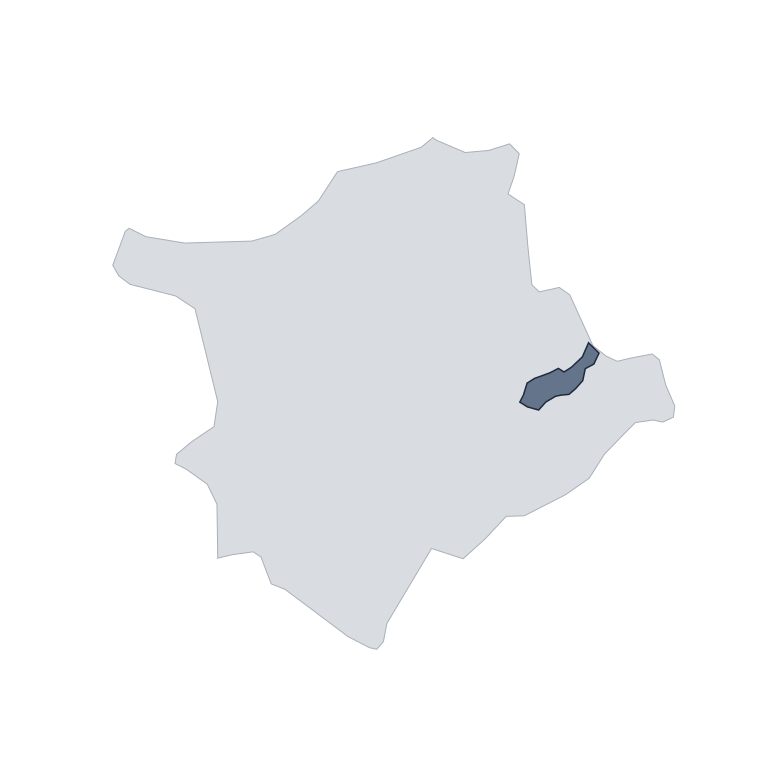 location of Zvečan within Kosovo, rotated 102°
{"feature_id": "KOS-5892", "entity_name": "Zvečan", "entity_type": "District", "adm_level": 1, "iso_a3": "XKX", "parent_name": "Kosovo", "parent_adm1": "", "projection": "albers", "projection_center": [20.754, 42.971], "detail": "fine", "context": "in_parent", "style": "filled", "palette": "slate", "viewbox_px": 768, "rotation_deg": 102, "n_neighbors": 0, "source": "natural_earth", "source_scale": "10m", "svg_char_len": 1359}
<svg xmlns="http://www.w3.org/2000/svg" viewBox="0 0 768 768"><g transform="rotate(102 384 384)"><path d="M218.5,272.2L256.2,260.0L261.6,251.3L253.1,232.6L258.2,220.8L303.2,187.5L310.6,172.4L313.3,160.5L307.3,147.9L298.9,128.0L303.0,119.7L326.3,108.3L345.1,95.0L356.3,94.0L363.3,103.5L363.3,113.4L369.5,130.1L383.4,139.1L406.6,153.7L433.5,163.7L454.7,183.6L483.7,219.3L488.1,237.0L514.2,252.7L538.5,270.3L535.0,303.3L617.6,331.4L636.1,331.0L645.0,335.9L644.9,343.5L638.6,366.6L605.5,438.0L602.9,452.8L578.7,468.4L575.4,477.3L582.5,496.9L589.0,510.6L588.5,510.5L536.3,522.4L518.8,536.0L508.5,559.6L505.2,571.9L495.9,572.3L480.5,560.2L461.0,541.4L435.7,543.0L349.7,584.5L341.2,606.2L339.3,653.2L333.4,665.9L324.2,674.0L288.4,668.8L284.7,665.7L289.4,647.7L287.6,608.3L271.7,543.0L260.3,521.6L236.9,500.2L218.6,486.2L185.9,473.6L169.4,437.7L144.7,396.8L132.8,387.4L134.7,383.3L140.7,352.7L133.8,330.2L123.0,311.1L130.6,299.6L153.5,299.9L172.4,302.2L179.4,284.0L218.5,272.2Z" fill="#d9dde1" stroke="#a8b0b8" stroke-width="1"/><path d="M301.1,192.5L309.1,180.1L320.9,182.9L327.1,190.3L339.4,190.3L348.7,195.6L355.7,200.9L358.0,208.3L360.3,213.6L368.0,222.0L377.3,227.3L376.6,238.9L373.5,247.4L365.7,245.3L353.4,244.2L347.2,237.9L338.6,224.1L332.5,216.7L334.8,210.4L328.6,204.1L316.2,195.6L301.1,192.5Z" fill="#64748b" stroke="#1e293b" stroke-width="1.5"/></g></svg>